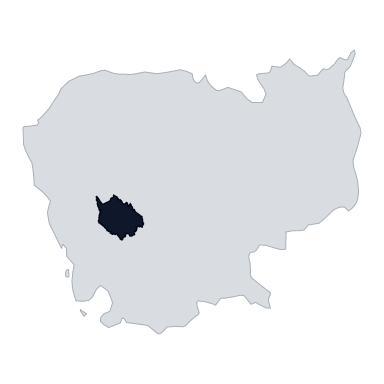 location of Phnum Kravanh, Pouthisat, Cambodia
{"feature_id": "14789045B35445184191564", "entity_name": "Phnum Kravanh", "entity_type": "district", "adm_level": 2, "iso_a3": "KHM", "parent_name": "Cambodia", "parent_adm1": "Pouthisat", "projection": "orthographic", "projection_center": [103.822, 12.181], "detail": "fine", "context": "in_parent", "style": "filled", "palette": "ink", "viewbox_px": 384, "rotation_deg": 0, "n_neighbors": 0, "source": "geoboundaries", "source_scale": "gbopen_adm2", "svg_char_len": 7875}
<svg xmlns="http://www.w3.org/2000/svg" viewBox="0 0 384 384"><path d="M354.2,50.0L355.2,53.7L352.7,60.5L349.9,66.8L344.7,72.3L344.5,76.3L342.8,88.2L343.6,92.0L344.9,95.2L346.6,97.0L351.4,108.6L355.8,119.1L360.1,127.8L361.0,133.3L357.3,147.3L353.0,160.2L353.5,166.6L355.5,172.9L357.7,181.5L358.6,192.4L357.6,199.5L355.7,203.9L351.8,208.5L348.5,210.9L344.4,207.1L341.1,207.0L336.8,208.2L333.4,210.0L326.6,216.7L318.9,223.3L308.3,225.0L304.2,229.9L299.8,230.6L291.3,230.9L285.8,232.1L286.1,234.5L285.7,245.9L285.9,248.6L285.0,249.3L281.2,249.7L274.7,248.0L265.9,245.3L259.7,244.9L256.5,249.9L254.6,251.8L252.3,252.1L249.8,253.0L249.0,255.3L248.8,258.0L250.0,262.8L250.5,270.3L250.3,275.4L252.6,278.7L266.1,289.5L270.0,292.2L270.5,293.8L268.2,299.8L270.4,308.1L266.2,308.0L259.1,304.5L255.7,302.3L251.7,304.1L250.3,303.8L247.5,299.7L243.9,295.5L240.2,295.3L232.4,297.0L224.4,298.2L221.4,298.2L220.1,298.9L215.5,305.2L213.5,304.1L205.5,301.8L198.1,300.9L196.6,302.6L197.5,307.6L199.2,312.6L198.2,314.7L194.2,317.4L188.9,322.1L185.6,325.8L183.3,326.7L175.2,326.5L167.1,327.0L163.9,330.5L160.8,333.2L158.2,334.0L147.6,325.4L126.5,322.5L124.2,318.7L122.2,318.0L120.3,322.9L108.7,327.6L103.9,324.7L100.4,321.3L100.9,317.1L104.2,313.6L110.0,311.2L112.6,302.5L108.3,291.4L104.4,288.2L100.4,285.6L96.2,289.7L92.6,296.8L88.8,300.4L83.6,301.2L75.9,300.9L72.9,290.4L71.9,281.3L73.0,271.0L74.2,264.9L66.8,256.5L66.4,248.5L62.9,244.3L61.8,246.4L61.9,248.7L60.9,247.0L49.3,223.5L47.4,212.6L49.4,204.2L50.6,201.3L47.3,196.9L42.6,191.9L34.2,185.2L33.7,174.8L31.9,162.5L29.4,158.4L25.7,150.8L23.6,144.5L23.0,128.0L24.1,126.6L30.0,126.2L37.6,125.0L38.8,122.4L37.5,120.2L42.3,116.4L49.3,108.2L54.7,99.7L58.6,94.3L60.9,88.9L68.7,81.3L79.4,76.1L86.7,74.9L94.3,73.1L101.5,70.5L105.0,70.3L114.0,73.4L118.9,74.2L124.0,74.1L129.3,74.5L133.9,74.1L144.9,72.0L156.7,73.7L167.1,72.3L180.1,69.8L186.4,71.3L192.2,73.8L193.1,78.8L194.4,81.1L196.3,82.9L198.9,82.9L202.2,79.3L204.9,75.7L205.8,75.0L206.0,76.8L207.4,80.7L209.9,84.6L212.4,87.1L216.6,90.5L219.3,90.7L228.1,87.4L241.4,92.0L243.0,94.3L247.3,99.1L252.0,102.4L262.4,102.6L266.0,94.1L264.1,89.0L258.2,80.1L256.5,74.9L258.4,73.9L268.4,72.9L270.0,71.8L272.1,66.0L274.8,66.6L280.4,67.3L286.2,63.3L289.6,59.1L291.5,61.0L293.6,63.9L295.9,65.6L300.1,68.0L304.8,71.5L307.7,74.9L310.1,76.2L316.0,75.2L317.6,75.3L321.0,71.1L323.3,68.8L325.4,69.4L328.4,69.3L334.5,63.9L338.0,59.0L339.9,57.6L345.5,60.0L347.7,59.5L350.8,52.7L354.2,50.0ZM69.0,276.5L67.8,277.1L66.8,277.1L65.6,276.1L65.8,272.3L66.6,270.0L68.5,269.6L69.0,276.5ZM86.5,313.8L84.1,316.3L80.4,311.1L80.4,309.6L86.5,313.8Z" fill="#d9dde1" stroke="#a8b0b8" stroke-width="1"/><path d="M141.7,216.5L141.4,216.5L141.3,216.3L140.8,216.4L140.8,216.2L140.6,216.2L139.9,215.7L139.8,215.2L137.1,213.2L136.8,213.1L136.6,213.1L135.4,212.0L134.9,211.5L134.9,211.0L134.4,210.0L134.2,209.9L134.2,209.6L133.8,209.5L133.2,209.5L133.1,209.4L133.0,209.1L132.5,209.0L132.3,208.9L132.1,209.0L132.4,207.1L131.4,206.4L131.3,206.2L131.2,206.1L131.2,205.5L131.0,204.7L130.5,204.3L130.3,203.9L129.5,205.0L129.4,205.3L128.9,206.1L128.9,206.3L128.6,206.3L128.1,206.3L128.1,206.2L128.0,205.8L127.9,205.6L128.0,205.5L128.0,205.4L128.0,205.1L127.8,204.9L127.3,204.0L127.3,203.7L127.4,203.3L126.9,202.8L126.8,202.7L126.7,202.7L126.4,202.6L126.3,202.8L125.5,203.4L125.4,203.6L124.4,204.4L124.2,204.5L123.8,204.6L123.7,204.5L123.7,204.4L123.4,204.4L123.5,204.1L123.5,203.9L123.2,203.9L122.8,203.8L122.4,203.5L122.3,203.3L122.0,202.3L121.9,201.9L121.7,201.6L121.7,201.4L121.3,201.0L121.0,200.6L120.6,200.4L120.5,200.2L120.3,200.5L120.2,200.4L119.6,200.2L119.3,199.8L118.9,199.6L118.3,199.3L118.2,199.2L117.8,199.4L117.6,199.4L117.4,199.2L117.5,198.7L117.8,198.7L117.9,198.4L117.6,198.3L117.6,198.1L117.1,197.7L117.0,197.1L116.1,196.6L114.3,195.7L114.1,195.5L114.0,195.4L113.9,195.6L113.6,195.5L113.5,195.9L113.7,196.5L113.6,197.0L113.4,197.4L112.7,197.8L111.6,198.0L111.3,198.2L110.6,199.0L110.6,200.1L110.6,200.3L110.0,200.9L109.3,201.3L109.3,201.5L109.2,201.6L108.8,201.7L108.4,201.8L102.7,204.5L101.4,203.1L101.2,202.8L100.1,201.5L99.8,201.1L99.7,200.8L98.7,199.1L97.4,197.2L96.7,196.6L96.5,196.8L96.3,197.0L96.6,197.4L96.6,197.9L97.1,198.6L96.8,199.2L96.7,199.6L96.4,199.8L96.4,200.0L97.0,200.7L97.2,201.2L97.5,201.2L97.7,201.3L97.9,201.6L97.7,201.5L97.8,201.9L98.0,202.1L98.0,202.4L97.8,202.7L97.5,202.9L97.6,203.4L97.4,203.7L97.3,203.8L97.5,204.1L97.6,204.3L97.6,204.7L97.8,205.0L97.8,205.3L97.9,206.0L98.0,206.1L98.2,206.7L98.5,206.9L98.6,207.4L99.1,207.9L99.1,208.1L99.0,208.7L99.2,209.6L99.4,209.8L99.9,209.8L100.0,209.9L100.0,210.1L100.5,210.2L100.4,210.3L100.5,210.4L100.4,210.5L100.2,210.4L100.2,210.7L100.0,210.8L100.3,211.0L100.2,211.4L100.2,211.8L100.3,211.9L100.2,212.2L100.3,212.4L100.1,212.6L100.2,212.8L100.3,212.8L100.2,213.1L100.3,213.2L100.3,213.4L100.0,213.7L99.8,213.8L99.7,213.9L99.7,214.0L99.9,214.1L99.8,214.4L99.9,214.6L99.8,215.1L99.7,215.2L99.3,215.2L99.3,215.3L99.5,215.3L99.3,215.4L99.3,215.6L99.5,215.7L99.5,215.8L99.5,216.1L99.4,216.3L99.3,216.6L99.2,216.9L99.4,216.9L99.4,217.0L99.1,217.3L99.1,217.7L99.2,217.9L99.0,218.0L99.2,218.3L99.4,218.8L99.4,219.0L99.4,219.3L99.3,219.5L98.9,219.8L98.4,220.9L98.5,221.1L99.0,221.7L99.0,222.0L98.9,222.6L99.3,222.6L99.7,222.9L99.9,223.1L100.3,223.0L100.8,223.3L101.0,223.6L100.8,223.7L100.7,223.9L101.4,224.3L101.6,224.6L102.2,224.8L102.3,225.0L102.5,225.2L102.8,225.1L102.9,225.6L103.0,225.8L103.5,226.0L103.8,226.0L104.2,226.8L104.5,226.9L104.6,227.1L104.8,227.3L104.9,227.6L105.1,227.8L105.5,228.2L105.8,228.3L106.0,228.3L106.4,228.4L106.7,228.5L107.0,228.6L107.2,229.1L107.1,229.4L107.0,229.5L106.9,229.6L106.7,229.8L107.0,230.1L107.2,230.5L107.3,230.5L107.6,230.4L107.7,230.5L108.0,230.6L108.0,230.9L108.4,231.2L108.8,231.2L109.1,231.3L109.2,231.5L109.4,231.5L109.6,231.8L110.5,231.9L110.8,231.8L111.0,231.9L111.2,232.5L111.3,233.0L111.2,233.2L110.9,233.3L111.2,233.5L111.8,233.7L111.9,234.0L112.1,234.2L112.5,234.3L113.2,233.8L113.9,233.5L114.1,233.6L114.3,234.0L114.6,234.1L114.9,234.4L115.2,234.4L115.4,234.4L115.8,233.9L116.1,234.0L116.7,233.9L117.0,234.0L117.4,234.5L117.5,234.6L117.6,234.8L117.5,235.0L117.8,235.4L117.9,235.5L118.0,235.6L118.6,236.0L118.6,236.4L118.7,236.5L118.9,236.5L119.0,236.8L119.7,237.4L120.0,237.9L120.0,238.1L120.1,238.3L120.1,238.6L120.4,239.1L120.5,239.1L120.8,239.2L121.4,239.8L121.8,239.7L122.1,239.4L122.5,239.5L122.6,239.0L122.4,238.6L122.6,238.3L122.9,238.0L123.0,237.8L123.1,237.7L123.3,237.6L123.6,237.1L124.4,236.8L125.0,236.7L125.1,236.4L125.5,236.2L125.5,235.9L125.3,235.6L125.2,235.4L125.2,234.7L125.2,234.3L125.2,234.1L125.7,234.0L126.1,233.8L126.4,233.8L126.4,233.6L126.6,233.4L126.8,233.3L126.9,233.2L127.1,233.2L127.5,233.5L128.1,233.6L128.8,233.7L128.9,233.8L129.2,234.1L129.2,234.4L129.3,234.6L129.3,234.8L129.5,235.1L129.7,235.4L129.8,235.5L129.9,235.9L130.1,236.0L130.6,235.9L131.5,236.0L131.8,236.0L132.1,235.7L132.4,235.5L132.7,235.2L132.9,235.1L133.1,234.9L133.3,234.7L134.0,234.8L134.4,234.7L134.5,234.6L134.6,234.4L134.3,233.4L134.1,232.8L134.0,232.6L133.8,232.5L133.8,232.4L134.3,231.6L134.5,231.5L135.1,231.6L135.3,231.6L135.4,231.1L135.3,230.8L135.5,230.5L135.8,230.5L136.1,230.7L136.3,230.4L136.2,230.1L136.5,229.8L136.4,229.7L136.5,229.4L136.5,229.1L136.7,228.8L136.7,228.4L136.8,228.1L136.8,227.6L136.6,227.0L136.6,226.9L137.1,227.0L137.7,226.5L138.0,226.4L138.7,226.4L139.3,226.7L139.8,226.7L140.0,226.2L140.7,226.2L141.0,226.2L141.4,226.5L141.7,226.9L141.8,226.9L142.1,227.0L142.3,227.0L142.3,226.7L142.2,226.1L142.8,224.9L143.4,224.4L143.4,224.1L143.3,223.9L143.2,223.7L143.3,223.5L143.2,223.5L143.2,223.2L142.9,223.0L142.9,222.6L142.6,222.6L142.4,222.5L142.6,222.4L142.5,222.1L142.6,221.8L142.5,220.4L142.6,220.1L142.4,219.7L142.4,218.7L142.3,218.4L142.0,218.2L141.7,218.1L141.6,217.8L141.6,217.4L141.5,217.1L141.9,216.7L141.7,216.5Z" fill="#0f172a" stroke="#020617" stroke-width="1.5"/></svg>